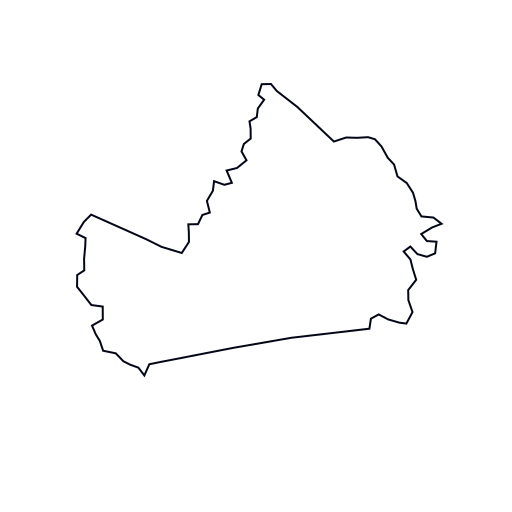 the district of Arroio Trinta, Santa Catarina, Brazil, rotated 33°
{"feature_id": "56859067B75493701327635", "entity_name": "Arroio Trinta", "entity_type": "district", "adm_level": 2, "iso_a3": "BRA", "parent_name": "Brazil", "parent_adm1": "Santa Catarina", "projection": "robinson", "projection_center": [-51.339, -26.925], "detail": "fine", "context": "isolated", "style": "outline", "palette": "ink", "viewbox_px": 512, "rotation_deg": 33, "n_neighbors": 0, "source": "geoboundaries", "source_scale": "gbopen_adm2", "svg_char_len": 1287}
<svg xmlns="http://www.w3.org/2000/svg" viewBox="0 0 512 512"><g transform="rotate(33 256 256)"><path d="M383.9,127.1L373.2,132.7L365.0,128.8L359.9,123.2L353.3,117.5L342.7,112.7L331.3,112.2L322.0,104.1L313.1,101.9L301.6,95.8L292.2,93.3L285.3,95.3L276.3,101.9L267.1,107.5L259.0,117.6L209.5,108.5L183.6,106.3L174.9,103.6L167.2,108.8L170.3,119.7L177.7,120.5L177.2,131.3L181.0,139.1L177.2,146.6L182.1,152.1L187.6,160.4L184.8,168.7L186.9,176.2L195.9,180.9L192.1,192.6L184.8,200.3L195.9,207.8L190.7,213.5L180.1,216.1L184.3,224.7L184.8,236.5L193.6,244.7L188.7,250.8L190.0,260.9L182.0,266.3L186.9,272.9L192.1,280.7L192.1,293.9L171.7,299.8L155.0,301.7L95.2,311.1L93.1,321.1L93.4,335.0L103.3,333.8L107.4,340.7L113.3,351.9L119.8,361.6L116.4,369.3L122.7,379.3L132.0,382.4L144.6,386.8L155.0,381.9L162.1,392.7L156.4,403.7L164.2,408.9L171.3,412.3L179.4,418.7L191.4,414.0L202.1,416.5L209.6,415.7L218.2,413.7L227.4,417.0L225.5,404.9L233.4,397.1L287.4,345.0L330.1,305.4L390.7,255.2L386.5,246.0L390.7,238.2L401.4,237.2L412.6,233.8L418.9,230.8L417.8,217.8L407.8,210.0L402.2,201.7L403.3,188.7L394.5,181.4L387.4,174.8L377.4,171.8L380.3,164.0L390.3,166.5L399.7,163.6L404.8,156.2L399.6,145.7L391.2,150.4L382.6,147.6L388.1,136.2L394.1,127.9L383.9,127.1Z" fill="none" stroke="#020617" stroke-width="2"/></g></svg>